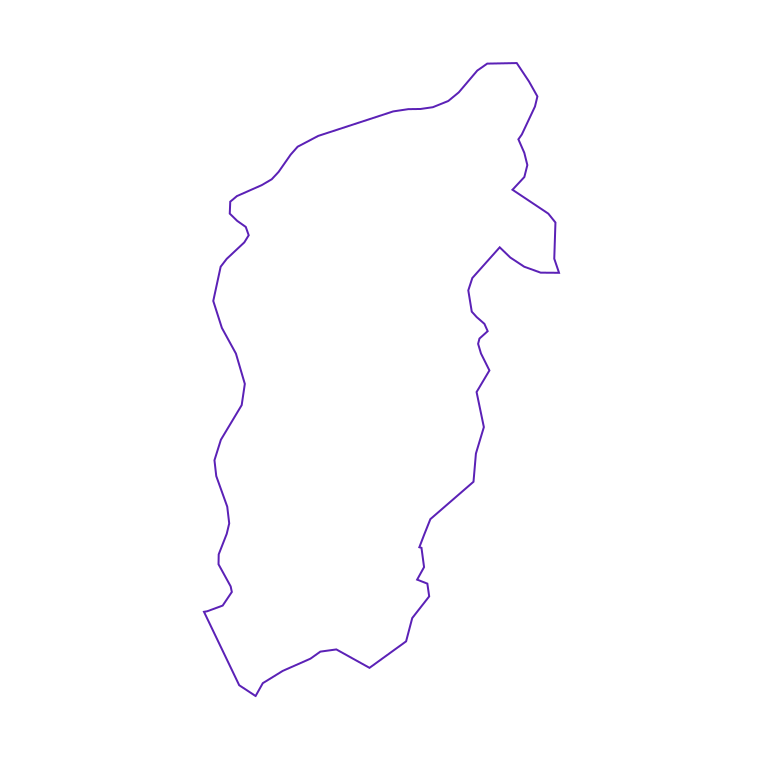 Bender, Natural Earth projection, rotated 246°
{"feature_id": "MDA-1650", "entity_name": "Bender", "entity_type": "City", "adm_level": 1, "iso_a3": "MDA", "parent_name": "Moldova", "parent_adm1": "", "projection": "natural_earth1", "projection_center": [29.721, 46.757], "detail": "fine", "context": "isolated", "style": "outline", "palette": "violet", "viewbox_px": 768, "rotation_deg": 246, "n_neighbors": 0, "source": "natural_earth", "source_scale": "10m", "svg_char_len": 1402}
<svg xmlns="http://www.w3.org/2000/svg" viewBox="0 0 768 768"><g transform="rotate(246 384 384)"><path d="M249.1,126.9L248.3,130.0L247.2,146.5L255.9,160.4L261.5,161.6L286.6,159.5L295.6,163.7L311.1,179.4L319.6,185.9L335.7,190.9L368.1,193.3L383.3,198.1L399.4,212.3L422.6,245.4L440.7,256.9L472.0,261.1L501.2,258.7L529.3,261.8L557.6,282.5L562.3,291.2L570.2,314.0L574.9,320.9L583.7,321.6L592.8,316.2L602.4,312.4L613.1,317.7L615.5,326.1L615.4,353.1L616.7,364.7L620.6,373.9L631.5,392.0L635.9,401.6L637.4,424.8L629.3,503.2L625.2,518.0L620.4,529.2L617.0,541.2L616.4,557.8L620.0,570.9L632.4,596.7L634.7,608.6L623.2,635.8L601.4,639.5L584.3,641.1L576.1,634.8L555.9,611.4L553.1,606.7L552.9,606.3L538.1,606.2L525.7,604.0L516.0,596.4L509.4,580.9L509.2,580.4L472.8,603.4L461.8,606.3L429.2,590.5L415.1,589.2L414.4,589.1L422.0,572.4L434.1,559.8L448.2,550.8L461.8,545.3L444.9,507.8L435.7,499.5L435.3,499.1L414.4,493.6L407.4,495.9L398.1,500.2L390.4,500.2L390.1,500.2L386.7,489.7L382.8,486.6L382.4,486.3L372.4,485.0L354.2,485.8L353.5,485.8L339.0,465.3L304.0,457.7L283.1,439.7L258.3,426.0L241.7,371.4L230.2,359.6L220.9,350.3L220.5,349.9L219.1,351.6L200.7,346.2L200.4,346.1L191.8,334.7L184.0,342.4L171.6,338.9L158.7,314.6L139.9,299.5L130.6,255.3L160.9,232.5L165.4,217.0L163.0,205.1L163.1,174.8L160.0,151.6L151.2,139.8L151.3,139.7L167.7,129.2L248.5,126.9L249.1,126.9Z" fill="none" stroke="#5b21b6" stroke-width="2"/></g></svg>